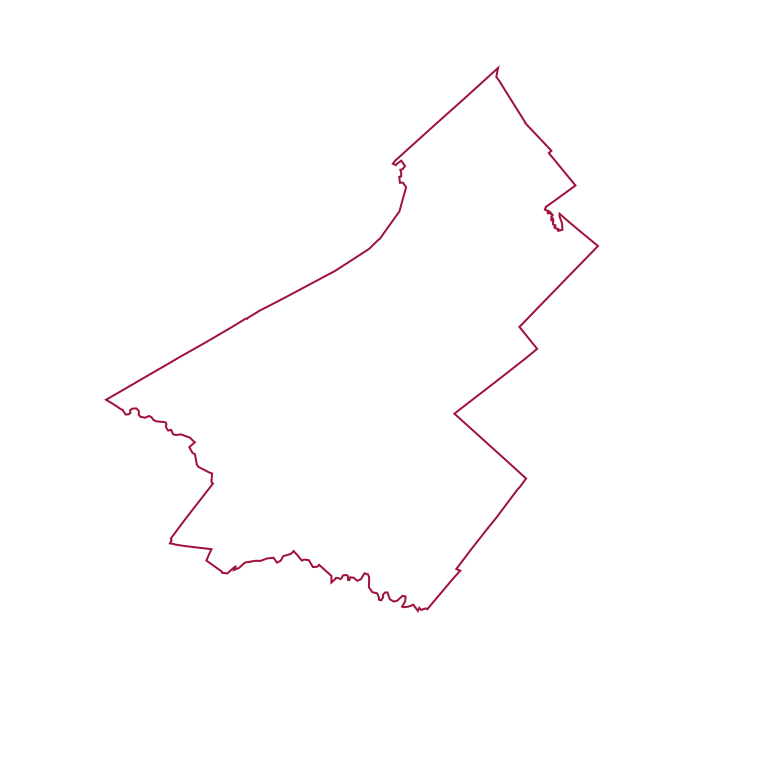 outline of Ungheni, Arges, Romania, rotated 150°
{"feature_id": "2599482B46615052617828", "entity_name": "Ungheni", "entity_type": "district", "adm_level": 2, "iso_a3": "ROU", "parent_name": "Romania", "parent_adm1": "Arges", "projection": "equal_earth", "projection_center": [24.938, 44.514], "detail": "fine", "context": "isolated", "style": "outline", "palette": "rose", "viewbox_px": 768, "rotation_deg": 150, "n_neighbors": 0, "source": "geoboundaries", "source_scale": "gbopen_adm2", "svg_char_len": 3358}
<svg xmlns="http://www.w3.org/2000/svg" viewBox="0 0 768 768"><g transform="rotate(150 384 384)"><path d="M632.6,509.3L629.7,504.1L625.9,496.9L625.7,496.1L624.0,493.0L623.2,492.2L623.3,491.0L623.0,486.7L620.4,485.5L618.1,485.7L616.9,488.3L614.3,488.5L610.8,486.8L609.9,483.8L610.6,481.6L611.8,480.2L611.3,477.4L607.8,474.3L603.4,473.7L602.0,471.6L601.6,467.9L599.8,465.5L596.9,463.4L593.7,461.2L592.2,459.6L592.5,457.8L593.7,457.0L594.4,455.0L594.2,451.6L591.3,450.7L591.8,446.0L589.7,443.8L585.1,442.0L578.9,434.6L577.5,429.4L576.9,428.1L584.2,426.7L584.3,420.0L582.8,417.7L586.4,407.9L586.4,407.7L586.1,404.9L579.7,394.9L577.6,392.5L582.5,385.3L581.9,383.3L623.0,366.6L645.8,356.8L646.1,354.9L649.1,353.0L646.5,350.9L644.7,349.0L637.9,343.5L616.0,327.2L620.2,324.3L626.1,319.9L618.1,302.4L618.6,301.5L614.4,298.3L606.7,299.9L603.1,300.3L606.6,297.9L601.7,297.2L593.7,298.9L583.6,295.1L579.3,292.5L572.5,291.4L566.5,288.7L566.0,282.8L561.9,282.6L557.4,285.3L549.6,283.4L545.8,284.5L544.6,278.9L543.4,272.1L541.0,271.9L537.2,269.1L537.1,261.0L533.0,259.1L530.6,259.8L525.5,244.0L528.8,238.4L524.4,239.3L522.5,240.1L520.2,238.2L519.3,236.8L517.6,237.2L515.4,238.7L512.1,237.5L511.3,235.9L513.1,232.3L512.1,231.5L509.9,233.5L507.1,231.3L505.5,226.9L501.5,226.5L495.6,229.8L493.0,227.1L493.6,223.9L496.1,219.7L498.7,215.6L498.2,209.6L494.6,206.1L495.1,201.9L496.2,199.7L494.5,198.0L491.4,199.7L490.3,201.9L487.4,202.9L485.2,201.8L486.6,194.6L484.3,190.7L480.9,189.7L473.9,191.3L471.6,189.1L474.4,185.1L479.7,182.2L479.1,181.2L474.7,179.1L471.8,178.6L469.1,178.3L468.7,177.0L468.9,176.2L468.6,174.9L468.1,170.5L465.4,172.5L464.7,169.7L460.2,168.9L459.3,167.7L459.2,167.3L421.8,180.8L411.3,184.2L413.9,187.6L391.9,196.9L368.8,206.2L354.2,211.8L321.6,225.7L317.6,227.0L316.8,227.3L308.2,231.1L318.4,263.0L324.3,281.1L329.8,298.2L337.9,323.1L330.6,324.1L307.8,327.2L295.6,328.8L267.6,332.7L246.6,335.7L233.8,337.9L238.2,365.8L237.4,365.9L210.3,373.7L184.7,380.9L171.2,384.8L158.7,388.3L158.3,388.4L131.5,396.0L129.7,396.5L137.0,416.1L143.2,432.9L146.8,443.6L148.1,441.6L148.6,439.2L148.9,436.8L149.8,433.5L152.4,428.3L156.6,429.5L156.6,429.8L156.2,430.3L155.8,430.1L155.4,430.3L155.9,431.6L157.0,432.2L157.6,433.1L157.3,433.9L158.4,434.4L159.0,434.5L156.8,434.8L156.1,435.6L157.2,436.6L157.8,437.8L157.0,438.7L157.0,439.3L155.6,440.9L157.2,441.9L156.7,443.1L155.6,442.5L155.1,442.7L155.6,444.4L155.5,445.2L154.2,445.7L153.7,445.6L153.4,446.7L154.1,447.6L154.7,448.0L154.9,448.9L154.7,449.0L154.2,448.8L153.9,449.2L154.6,450.2L156.0,450.0L156.7,449.8L156.8,450.2L156.4,450.8L155.5,451.2L155.0,451.7L157.3,454.0L157.4,454.8L155.7,455.8L155.5,456.4L144.0,457.5L118.9,460.2L125.8,501.6L122.4,502.3L128.2,526.7L131.2,539.1L130.9,539.3L132.0,569.8L132.2,575.6L132.6,588.7L133.2,593.8L127.2,600.7L174.7,590.4L207.1,583.7L244.0,575.8L262.7,571.8L266.2,570.3L264.2,567.6L262.5,568.3L257.4,568.8L256.8,562.2L260.7,560.7L262.7,561.4L263.7,557.7L265.5,555.2L267.2,555.8L269.6,550.3L267.0,549.0L266.5,543.7L266.8,542.9L273.9,536.1L284.3,525.8L315.1,511.8L316.2,511.8L329.2,508.5L369.4,506.4L395.6,507.3L419.9,508.1L441.2,509.0L456.6,509.8L457.2,509.6L469.0,509.4L469.9,508.9L471.1,509.8L484.7,509.4L501.1,509.3L517.8,509.2L529.6,509.3L545.5,509.5L549.5,509.5L561.6,509.4L577.2,509.4L592.8,509.4L611.7,509.3L632.6,509.3Z" fill="none" stroke="#9f1239" stroke-width="2"/></g></svg>